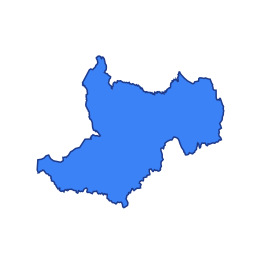 Gachoka, Eastern, Kenya (Equal Earth projection), rotated 347°
{"feature_id": "3690345B9660706705639", "entity_name": "Gachoka", "entity_type": "district", "adm_level": 2, "iso_a3": "KEN", "parent_name": "Kenya", "parent_adm1": "Eastern", "projection": "equal_earth", "projection_center": [37.603, -0.727], "detail": "fine", "context": "isolated", "style": "filled", "palette": "blue", "viewbox_px": 256, "rotation_deg": 347, "n_neighbors": 0, "source": "geoboundaries", "source_scale": "gbopen_adm2", "svg_char_len": 5825}
<svg xmlns="http://www.w3.org/2000/svg" viewBox="0 0 256 256"><g transform="rotate(347 128 128)"><path d="M219.0,98.9L217.8,98.6L214.6,96.6L213.4,96.9L210.5,95.6L208.9,95.3L208.0,95.9L207.9,96.7L207.1,98.2L203.5,98.0L202.1,99.5L200.7,99.2L196.5,95.4L194.1,92.1L191.5,87.5L190.9,85.0L190.2,85.1L190.3,85.4L189.3,86.9L188.8,87.1L189.2,88.4L187.7,90.1L187.6,93.4L187.3,93.7L186.8,93.8L185.8,91.1L185.5,91.9L183.7,91.0L183.4,91.8L182.8,91.9L182.5,92.6L181.8,92.0L181.7,91.3L181.4,93.2L179.8,94.0L179.5,95.2L179.1,95.6L178.9,97.2L178.2,98.2L177.9,98.4L177.3,98.1L174.5,99.4L174.2,100.3L173.5,100.2L173.4,100.9L173.2,100.8L172.8,101.4L172.3,100.8L172.0,101.7L169.9,100.9L170.5,102.5L169.1,101.8L168.5,102.0L168.1,101.3L167.4,101.1L167.2,100.2L166.7,100.2L166.4,99.6L165.9,99.9L165.0,99.3L164.6,99.3L164.2,100.3L163.9,100.1L163.9,99.7L163.2,100.2L162.2,99.1L161.5,100.2L161.4,101.5L161.2,101.5L161.1,101.1L160.1,100.7L160.3,100.3L160.1,99.9L159.5,99.8L159.3,99.0L159.0,99.1L158.9,99.6L157.9,99.0L158.0,98.5L156.1,97.9L155.3,97.9L154.7,97.1L154.1,96.8L153.5,97.4L153.3,97.4L152.7,96.4L151.3,95.6L151.2,94.3L150.6,93.6L150.9,93.0L150.8,92.7L150.5,92.2L150.1,92.7L149.6,92.2L149.1,92.2L149.2,91.3L148.9,91.0L149.0,90.6L148.4,89.7L147.7,89.4L147.6,88.7L146.6,89.0L146.1,87.8L145.1,88.2L142.6,85.9L141.3,86.2L140.4,85.5L139.9,85.4L139.4,83.8L138.1,84.2L137.0,83.3L135.9,83.3L134.6,82.6L133.6,82.6L131.4,80.3L129.5,80.2L128.5,79.6L127.9,80.0L127.8,81.0L126.9,81.4L125.4,80.3L124.8,80.5L124.1,80.9L123.3,81.9L123.0,83.6L121.7,84.6L121.3,86.0L120.9,85.7L121.1,83.3L119.9,82.0L119.1,79.8L120.8,76.3L122.0,75.5L122.6,74.1L120.9,72.4L119.9,70.4L119.3,70.3L117.5,68.6L118.2,68.0L118.6,67.0L119.6,66.6L120.1,65.7L120.7,63.5L120.9,62.0L120.3,60.1L120.4,55.4L119.5,53.3L118.7,53.1L117.9,54.4L117.5,53.9L117.2,52.2L116.2,51.4L114.8,51.4L114.4,51.9L113.2,52.1L112.8,52.8L113.4,55.0L113.3,57.1L112.8,58.5L110.7,59.8L110.1,61.0L106.7,63.2L105.0,62.1L103.5,62.6L93.8,73.8L94.1,74.7L93.4,75.8L93.7,76.3L94.0,76.3L94.0,76.7L94.4,76.9L94.7,76.6L95.0,77.3L95.4,77.5L95.3,77.8L95.5,78.7L96.2,79.7L96.8,82.0L96.5,82.6L96.3,85.6L95.7,86.1L95.0,86.0L94.6,86.5L94.6,87.6L94.2,88.1L94.3,89.8L93.8,90.7L94.1,91.3L94.0,92.0L93.1,93.2L92.1,95.9L92.0,97.6L92.6,99.0L92.5,100.0L92.9,100.6L93.3,102.0L93.1,102.4L93.7,103.5L93.8,104.3L93.3,105.6L93.3,107.7L92.6,108.1L92.9,110.7L93.4,110.9L93.7,111.5L94.3,113.4L94.4,114.4L93.6,120.1L94.0,121.2L93.8,122.0L94.2,122.6L95.5,122.9L95.5,123.8L95.8,124.2L96.7,123.7L97.3,124.7L97.2,125.1L98.0,125.7L98.4,127.4L99.0,128.4L99.2,129.3L98.1,129.7L96.1,128.5L94.5,128.3L92.3,126.7L91.8,127.2L90.6,127.6L90.5,128.4L89.4,128.7L89.5,130.4L83.6,129.3L76.6,136.1L72.2,136.2L68.7,137.8L66.7,138.3L63.4,141.6L62.5,141.7L61.4,142.8L60.2,142.1L58.8,142.3L58.0,142.0L57.6,145.2L54.6,146.2L48.0,143.2L45.6,140.4L44.6,136.5L41.9,136.7L39.4,138.4L36.8,139.0L33.0,138.7L30.1,148.4L30.5,150.9L30.3,151.5L31.5,151.5L33.0,150.4L34.3,150.5L35.5,149.8L36.4,150.5L38.1,154.1L39.7,154.8L40.4,156.5L41.1,156.6L42.0,157.8L42.0,158.5L41.5,159.4L41.9,160.2L41.6,162.3L43.2,163.2L44.1,164.5L43.8,165.9L44.8,167.1L45.0,168.8L46.1,171.6L47.4,171.1L47.9,171.2L47.9,172.1L47.4,172.5L47.2,173.1L48.2,174.4L49.0,174.8L50.4,174.7L51.2,175.8L51.9,174.7L53.0,174.0L54.0,174.9L54.9,174.2L55.3,174.3L55.4,175.3L56.4,174.7L57.8,174.6L58.7,175.1L59.4,175.0L61.2,176.7L63.2,177.3L63.5,178.0L63.1,178.6L63.1,179.0L64.2,180.1L64.6,180.0L65.7,178.0L66.0,177.9L66.7,178.9L67.4,179.3L68.6,179.1L69.5,179.7L70.1,179.4L71.4,177.7L73.0,177.2L74.1,177.2L74.7,178.8L73.6,180.6L73.7,181.3L74.1,181.7L75.9,182.0L78.4,183.9L80.0,182.1L81.8,182.5L83.3,182.4L83.8,184.6L84.5,185.6L85.3,185.4L86.4,186.1L88.0,185.6L89.0,187.6L89.6,187.3L89.9,186.7L90.6,186.7L91.5,187.9L92.6,187.7L92.8,188.2L91.8,191.8L92.2,192.4L93.1,193.0L93.3,194.4L93.6,194.8L95.3,195.3L95.9,197.1L97.8,197.8L99.0,199.2L99.5,199.2L101.3,197.8L102.9,198.7L104.1,198.6L105.0,199.0L105.4,201.5L105.2,202.7L105.4,204.0L105.9,204.6L106.6,204.6L109.4,203.6L110.4,202.9L111.1,200.7L110.1,196.5L110.9,195.4L111.7,193.5L113.5,192.7L114.0,191.2L114.6,191.0L115.2,191.8L115.9,191.6L116.5,190.1L117.4,189.5L118.2,188.0L118.9,188.1L119.8,190.3L123.1,188.7L125.1,189.2L126.8,189.2L127.0,187.2L128.0,186.2L127.7,185.3L126.6,184.3L127.3,183.0L129.1,182.2L130.9,182.9L131.4,182.2L131.8,180.1L132.2,179.9L135.1,179.9L135.4,179.8L135.6,178.9L136.0,178.4L138.6,178.5L139.0,177.8L138.9,175.7L139.4,173.2L141.3,173.2L142.4,175.9L142.7,176.0L144.5,174.6L145.3,175.6L146.7,175.7L147.7,176.8L148.5,176.9L149.2,176.4L150.0,176.3L150.3,175.9L150.4,174.6L152.0,172.6L152.0,170.4L152.9,168.0L154.1,167.5L155.2,166.6L154.7,164.6L155.4,161.2L155.0,157.3L155.3,155.7L155.7,155.2L156.9,155.1L157.9,156.2L158.6,155.2L158.6,154.0L160.3,153.1L160.4,151.3L163.2,149.8L167.0,149.1L168.0,149.6L170.5,147.1L172.3,147.8L173.7,148.8L174.4,149.8L175.0,152.1L175.1,154.5L175.8,158.9L177.3,162.8L177.0,163.7L177.7,164.9L177.9,166.9L178.3,167.3L180.4,167.4L181.5,166.9L182.2,165.9L184.9,167.7L185.6,167.5L186.2,166.7L187.3,166.7L188.3,165.2L189.9,164.3L190.6,162.0L191.5,161.1L192.1,159.0L192.6,158.3L193.1,159.2L193.3,160.4L193.2,162.9L193.4,163.6L194.1,163.4L194.6,162.6L195.1,161.0L196.7,159.3L198.3,159.9L199.6,159.9L200.5,162.5L201.3,163.1L202.1,162.5L202.5,161.4L203.8,162.1L207.5,161.5L208.5,162.2L209.3,162.3L210.9,161.5L212.3,161.8L213.2,161.3L214.4,160.0L215.2,160.6L216.4,160.4L216.1,158.1L215.0,156.5L215.0,154.2L215.9,153.2L216.1,150.4L216.4,150.1L219.0,149.1L218.7,146.0L218.3,144.3L221.4,141.4L222.0,140.2L222.3,138.6L223.8,136.5L224.5,134.1L225.2,132.7L225.0,131.2L225.9,128.3L225.3,126.7L224.6,120.0L224.1,119.9L223.6,121.3L223.3,121.4L222.5,120.5L221.7,120.9L221.0,120.4L220.7,118.5L222.3,111.0L220.5,110.5L219.7,109.5L219.9,107.2L219.7,106.3L220.2,104.5L219.7,103.7L219.0,98.9Z" fill="#3b82f6" stroke="#1e3a8a" stroke-width="1.5"/></g></svg>